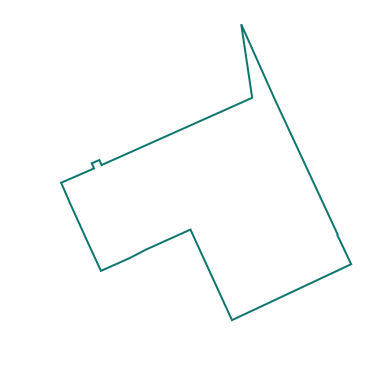 the district of Hendry, Florida, United States of America, rotated 336°
{"feature_id": "52423323B13528942112308", "entity_name": "Hendry", "entity_type": "district", "adm_level": 2, "iso_a3": "USA", "parent_name": "United States of America", "parent_adm1": "Florida", "projection": "albers", "projection_center": [-81.278, 26.606], "detail": "fine", "context": "isolated", "style": "outline", "palette": "teal", "viewbox_px": 384, "rotation_deg": 336, "n_neighbors": 0, "source": "geoboundaries", "source_scale": "gbopen_adm2", "svg_char_len": 411}
<svg xmlns="http://www.w3.org/2000/svg" viewBox="0 0 384 384"><g transform="rotate(336 192 192)"><path d="M76.2,130.3L76.0,152.9L76.3,194.1L76.7,225.0L76.7,227.0L108.2,227.0L126.0,225.9L175.3,225.7L176.4,325.3L308.0,322.7L307.4,294.6L307.2,290.7L307.8,290.0L305.3,139.9L305.2,58.7L285.3,130.4L120.3,130.6L120.4,125.1L112.1,125.0L112.1,130.6L76.2,130.3Z" fill="none" stroke="#0f766e" stroke-width="2"/></g></svg>